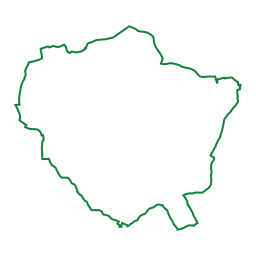 Tritenii De Jos, Cluj, Romania
{"feature_id": "2599482B80475446789021", "entity_name": "Tritenii De Jos", "entity_type": "district", "adm_level": 2, "iso_a3": "ROU", "parent_name": "Romania", "parent_adm1": "Cluj", "projection": "robinson", "projection_center": [24.012, 46.587], "detail": "fine", "context": "isolated", "style": "outline", "palette": "green", "viewbox_px": 256, "rotation_deg": 0, "n_neighbors": 0, "source": "geoboundaries", "source_scale": "gbopen_adm2", "svg_char_len": 5683}
<svg xmlns="http://www.w3.org/2000/svg" viewBox="0 0 256 256"><path d="M193.9,225.8L194.7,225.0L195.4,224.4L197.6,222.9L196.7,221.4L194.7,217.5L194.1,216.7L193.5,215.4L192.8,213.2L190.3,208.5L189.5,207.2L188.6,206.0L188.1,205.2L187.8,204.8L188.1,204.7L187.5,203.3L187.4,202.7L187.2,201.7L186.9,200.8L186.3,199.6L185.7,198.6L183.3,195.3L186.1,194.1L187.8,193.6L188.7,193.4L192.5,193.4L196.0,192.5L196.9,192.4L198.2,192.6L202.1,192.7L207.6,188.8L208.8,187.8L209.3,187.1L210.2,185.7L210.7,185.0L210.9,184.6L211.0,184.1L210.9,184.0L210.9,183.5L211.3,181.3L211.3,180.7L211.3,179.9L211.3,179.7L211.2,179.5L211.1,176.0L211.1,174.8L211.6,172.0L211.4,169.9L211.1,168.5L211.2,164.8L211.3,164.3L211.4,163.7L211.8,162.8L213.8,160.0L214.0,159.4L214.1,157.7L211.9,156.4L210.5,155.3L211.3,153.9L212.5,151.9L214.2,148.7L215.1,147.3L215.6,146.2L216.0,144.7L216.8,143.2L217.6,141.3L220.2,137.0L220.3,136.7L220.4,135.6L221.6,131.8L222.5,128.4L223.5,123.8L223.9,121.1L224.5,119.0L226.1,117.0L227.8,114.5L228.3,114.0L229.6,112.9L230.3,112.1L232.0,109.7L233.2,107.9L234.5,106.7L235.3,105.8L235.8,105.3L236.2,104.3L237.2,103.2L237.9,102.2L238.0,100.4L237.4,98.1L237.4,97.4L237.9,96.9L237.7,96.3L237.8,96.1L237.5,94.6L237.3,93.5L237.3,92.4L237.4,91.6L237.2,90.1L240.0,89.2L240.0,88.9L239.7,88.5L239.6,88.3L240.2,87.0L239.8,86.6L239.5,86.0L239.8,85.6L240.6,85.0L239.9,84.7L239.4,84.6L238.8,84.6L238.2,84.7L238.1,83.2L238.0,82.7L237.8,82.9L237.6,82.8L237.5,82.6L237.2,81.9L237.0,81.6L234.7,80.0L232.6,78.1L231.9,77.6L230.7,77.5L229.6,77.5L225.8,78.2L225.1,78.4L225.0,77.9L224.7,77.7L223.7,78.0L222.7,77.9L222.3,78.0L221.3,78.6L217.9,79.2L217.2,81.2L217.2,81.7L217.3,82.6L217.3,83.5L217.1,83.0L217.0,82.6L216.6,81.6L215.9,79.2L215.7,78.3L215.5,77.3L215.2,76.5L213.8,76.7L209.5,76.5L202.8,77.0L201.5,76.8L200.3,76.4L199.4,76.0L198.8,75.5L195.4,71.5L194.3,70.6L193.7,70.2L192.7,69.6L190.8,68.8L188.5,68.3L182.8,67.0L181.9,66.7L180.8,66.2L180.4,65.9L180.4,65.6L177.0,64.4L171.6,63.2L171.6,63.3L169.1,63.3L166.6,64.0L164.3,64.1L163.2,64.2L160.9,63.6L161.6,61.9L162.7,58.7L162.4,58.2L162.4,57.6L162.3,57.4L160.3,53.8L159.7,52.9L159.1,52.3L158.7,51.4L157.0,49.1L155.5,46.5L154.2,43.1L153.6,38.7L153.4,37.7L153.0,36.7L152.5,35.9L151.9,35.6L150.0,34.1L146.7,32.4L145.5,32.1L139.0,31.2L137.6,30.7L136.3,29.5L135.3,28.8L132.1,27.4L129.8,26.5L129.1,26.4L128.9,26.4L128.7,26.6L126.2,28.4L119.4,33.1L113.7,37.2L113.3,37.4L112.3,37.7L111.1,37.9L105.6,39.3L103.1,39.4L100.6,39.7L97.3,40.0L96.0,40.2L93.1,41.5L92.4,41.9L90.0,42.7L89.1,42.9L88.4,43.2L88.0,43.4L87.3,44.1L87.2,44.4L87.0,44.9L86.9,45.8L86.7,46.2L85.5,47.8L85.3,47.9L85.8,48.5L84.0,49.7L83.4,50.3L82.9,50.6L81.4,51.4L76.6,52.4L75.8,52.4L73.3,51.8L71.9,51.6L71.0,52.0L70.6,52.2L69.9,53.0L69.4,52.9L67.8,52.0L67.5,51.5L67.0,50.6L66.7,49.9L66.4,48.6L65.9,46.9L65.6,46.4L64.8,45.3L64.4,44.8L64.2,44.8L62.6,45.3L61.2,46.1L58.8,46.9L58.0,47.0L57.3,46.9L56.4,46.8L53.6,46.0L53.2,46.0L52.7,46.1L51.8,46.4L51.1,46.9L49.7,47.2L49.4,47.4L49.2,47.4L48.8,46.8L48.5,46.6L48.1,46.5L47.5,46.6L46.7,46.8L44.3,47.7L43.3,47.9L40.7,48.8L40.8,50.0L42.2,57.9L41.7,58.2L41.4,58.4L41.1,58.7L39.9,59.3L38.2,60.0L37.4,60.3L32.3,61.7L31.2,61.8L30.9,62.0L29.3,62.1L28.6,62.6L28.7,62.9L28.6,63.6L25.9,68.8L25.3,70.6L25.2,71.0L25.2,71.6L25.6,73.7L25.7,74.6L25.6,75.2L24.9,76.5L24.4,78.6L23.7,80.1L22.9,81.3L22.4,82.5L21.3,85.4L21.0,86.5L19.6,94.8L19.1,98.5L19.1,99.7L19.3,103.7L19.6,104.6L15.4,105.0L17.4,108.5L18.0,110.4L19.0,112.4L19.8,114.6L20.1,116.3L20.1,117.0L20.0,117.9L19.5,120.1L20.2,120.5L20.3,121.0L26.3,125.1L25.4,126.3L25.2,127.1L28.7,128.6L30.2,128.9L36.9,129.4L37.5,129.6L39.2,130.6L40.3,131.8L41.1,133.4L41.4,135.0L41.6,135.5L43.0,135.2L43.1,135.5L43.5,137.0L43.5,137.4L43.6,138.2L43.4,139.1L43.5,140.2L43.5,140.4L43.3,140.5L43.0,140.5L42.9,140.6L42.4,141.4L42.3,142.4L41.9,148.2L41.9,148.9L41.9,150.2L42.1,151.0L42.3,159.1L47.7,158.9L49.0,159.1L49.1,159.6L49.6,160.7L49.9,161.4L50.8,163.4L51.2,164.1L51.8,164.9L55.5,167.6L58.5,173.6L59.3,175.0L60.0,175.9L60.4,176.4L61.3,177.2L61.6,177.4L62.1,177.6L64.5,177.6L66.7,177.7L67.9,177.8L68.3,178.0L68.7,178.3L69.6,179.5L70.1,180.2L71.4,182.8L71.7,183.2L71.9,183.4L73.2,183.9L74.6,184.7L74.9,185.0L75.4,185.7L75.8,186.9L77.0,189.6L77.2,190.3L77.3,190.8L77.2,191.0L76.9,191.3L77.0,191.5L77.8,192.2L78.8,193.5L80.0,194.9L80.4,195.1L81.3,195.3L81.5,195.5L82.9,197.9L84.5,200.3L85.2,201.0L86.5,201.5L86.9,201.9L87.2,202.2L87.7,204.1L88.2,205.2L88.7,205.8L90.1,207.9L91.3,209.8L91.6,210.0L92.1,210.2L93.3,210.1L95.4,210.1L96.1,210.4L97.6,210.1L98.7,210.1L99.2,210.2L100.8,211.0L101.4,211.3L101.8,211.7L102.1,212.2L102.6,213.5L102.9,213.8L103.8,214.6L105.3,214.8L106.9,215.2L108.7,216.0L109.3,216.5L109.7,216.7L110.2,217.5L111.1,218.5L111.7,219.0L113.3,219.6L114.9,220.1L115.9,220.2L118.9,221.6L118.6,222.2L117.4,223.7L118.4,224.4L119.7,225.2L119.5,226.8L121.5,226.8L121.4,225.7L121.7,224.3L122.2,223.0L125.0,224.2L126.0,224.8L127.0,225.0L127.5,225.5L127.5,225.9L127.8,225.6L128.7,225.8L130.4,224.1L132.2,223.1L135.0,220.9L136.1,220.6L137.2,220.4L137.6,220.0L138.4,218.4L139.3,216.9L140.6,215.7L142.6,214.6L144.9,213.8L145.3,213.5L145.6,213.1L146.5,212.1L147.4,210.8L148.9,209.1L150.5,208.1L151.0,208.1L153.2,207.4L156.6,205.1L157.2,204.8L158.1,204.6L159.5,204.6L160.5,205.1L161.3,205.4L162.1,205.1L162.8,205.3L163.2,206.2L164.1,207.6L164.8,208.5L165.7,208.9L166.2,209.6L166.7,209.8L167.1,210.2L169.1,215.4L169.6,216.4L169.9,217.2L170.2,217.8L171.7,219.7L172.7,221.8L173.6,223.9L175.0,225.8L175.7,226.4L176.4,227.3L176.6,227.7L177.1,228.4L177.5,229.2L177.5,229.6L179.8,229.2L181.7,228.6L183.8,227.8L187.7,225.8L188.8,225.4L190.0,225.3L191.5,225.4L193.0,225.4L193.5,225.4L193.9,225.8Z" fill="none" stroke="#15803d" stroke-width="2"/></svg>